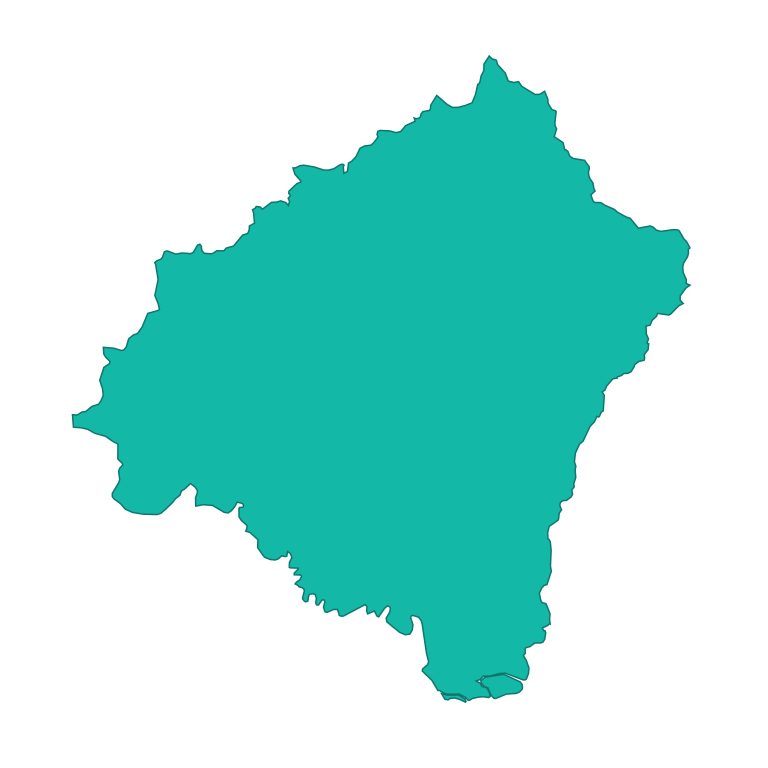 Tosagua, Manabi, Ecuador, rotated 177°
{"feature_id": "8360857B34654590669506", "entity_name": "Tosagua", "entity_type": "district", "adm_level": 2, "iso_a3": "ECU", "parent_name": "Ecuador", "parent_adm1": "Manabi", "projection": "albers", "projection_center": [-80.266, -0.776], "detail": "fine", "context": "isolated", "style": "filled", "palette": "teal", "viewbox_px": 768, "rotation_deg": 177, "n_neighbors": 0, "source": "geoboundaries", "source_scale": "gbopen_adm2", "svg_char_len": 6089}
<svg xmlns="http://www.w3.org/2000/svg" viewBox="0 0 768 768"><g transform="rotate(177 384 384)"><path d="M616.2,466.9L622.4,453.8L626.9,448.0L628.7,446.8L631.4,446.3L636.6,442.5L639.4,434.5L642.1,431.6L644.5,431.2L652.0,433.9L662.4,435.3L662.2,428.4L660.5,425.3L656.7,421.2L656.5,419.8L657.2,418.7L662.9,415.2L667.7,402.6L665.4,394.3L665.0,388.6L665.2,386.8L667.7,381.7L670.2,378.7L677.1,376.8L683.4,372.0L686.9,371.9L692.2,369.0L696.7,369.7L696.4,357.1L688.5,356.1L682.2,354.2L675.3,349.9L664.9,346.4L658.0,341.0L652.8,338.0L653.7,323.6L653.5,322.6L649.5,318.6L649.2,316.8L652.3,313.7L653.6,310.8L652.9,302.5L654.1,299.3L661.1,288.9L661.2,285.8L659.8,283.6L653.2,278.1L649.0,272.6L641.8,268.9L631.2,266.6L617.5,265.5L613.7,266.5L608.5,270.5L601.9,276.2L598.3,280.3L593.6,283.6L591.9,287.8L588.7,289.5L582.5,294.7L578.1,291.1L576.0,287.5L576.1,285.0L578.2,280.1L578.4,271.9L571.1,272.9L561.6,271.8L550.3,264.2L546.4,263.4L543.1,265.4L539.7,269.0L536.8,273.7L531.8,272.2L530.8,270.8L530.7,269.1L531.4,268.3L534.8,268.2L535.4,267.3L535.7,258.8L533.5,255.1L528.2,249.9L528.5,246.9L529.8,244.3L525.7,242.8L518.0,235.1L518.8,227.3L513.2,218.4L511.8,217.0L506.9,214.7L501.9,214.0L498.7,214.9L495.1,217.8L491.7,216.8L490.2,217.0L489.0,221.7L486.3,219.5L485.1,215.5L487.8,210.6L488.2,205.9L487.3,205.3L479.3,204.6L479.3,203.7L483.5,199.9L483.7,198.2L477.2,197.6L476.4,196.1L478.2,193.0L482.2,190.4L483.2,189.0L480.4,187.3L479.4,185.8L476.1,184.8L474.7,183.4L474.4,181.5L476.5,174.7L476.4,173.4L474.8,171.3L473.8,170.6L471.5,171.0L470.2,176.9L469.0,177.9L466.4,178.3L463.8,177.5L462.7,173.7L463.6,169.3L463.0,167.0L461.0,166.7L457.3,171.4L455.4,171.7L454.3,170.0L456.1,164.3L454.9,159.7L453.1,158.9L445.9,161.5L442.2,161.3L440.7,155.2L438.9,154.4L436.6,154.4L414.4,164.7L412.6,162.7L413.2,158.3L412.4,155.3L405.4,157.8L403.2,152.6L401.5,151.7L395.4,159.7L392.5,162.1L391.1,162.0L389.7,160.8L389.4,159.1L390.4,155.6L394.1,149.9L393.7,146.4L381.3,135.1L375.9,132.5L371.3,132.9L368.7,136.7L367.7,142.0L369.6,149.4L369.2,150.5L368.5,151.3L366.6,151.2L361.6,149.3L359.2,145.7L358.4,142.0L355.7,113.4L354.0,104.3L355.1,101.4L360.4,97.4L360.8,95.4L351.7,85.6L346.2,75.1L344.8,75.1L340.8,72.4L337.3,71.0L325.1,70.4L319.4,67.1L316.7,63.9L315.3,63.6L311.9,65.4L306.1,66.3L301.4,66.5L295.9,65.4L294.4,66.2L294.8,69.5L296.7,74.4L298.7,75.8L302.1,76.8L303.5,80.1L307.7,82.7L303.6,83.8L300.3,87.1L293.3,86.9L283.6,88.9L278.0,88.9L260.6,81.2L258.1,81.2L257.3,81.9L254.9,87.1L254.1,92.8L256.4,100.7L259.1,105.5L257.0,107.7L257.0,112.3L255.9,113.3L252.0,114.1L246.9,117.5L241.1,117.2L238.7,118.0L236.9,120.6L235.5,127.0L236.1,129.3L237.4,129.3L238.7,132.1L233.5,134.1L231.2,135.9L230.6,135.6L231.0,140.5L230.2,145.6L233.4,155.4L234.0,156.3L237.8,157.5L238.8,159.8L239.8,167.0L237.3,171.9L234.6,174.6L231.8,175.1L226.7,188.2L227.3,193.5L225.8,209.2L226.2,217.5L226.9,219.6L228.4,221.0L228.3,227.3L226.5,233.2L217.4,238.8L216.7,240.1L215.8,245.8L213.3,249.0L214.8,253.4L214.2,256.3L211.5,258.2L207.8,258.2L203.0,261.5L201.5,264.0L202.0,268.4L199.4,271.4L199.7,274.6L197.4,280.5L197.6,288.3L196.7,291.9L197.9,296.3L196.5,305.0L191.9,313.7L188.1,316.6L180.5,330.8L175.9,335.2L173.1,340.5L171.3,339.8L170.5,340.4L168.6,344.5L166.5,345.7L164.6,361.1L166.5,364.7L163.6,366.4L161.7,370.4L155.2,377.2L150.8,377.7L150.5,378.9L146.3,380.1L144.3,381.9L139.9,381.9L136.7,383.3L133.3,388.2L132.7,390.2L128.2,393.2L123.0,394.1L122.3,396.5L122.7,399.6L118.5,404.4L117.7,409.3L117.6,410.5L118.7,410.5L119.2,411.3L117.5,415.1L119.4,420.2L119.3,428.1L115.2,428.8L112.9,433.5L108.3,437.4L107.2,440.2L96.0,438.0L94.2,438.7L85.4,446.8L81.0,448.7L83.9,452.2L83.6,456.5L77.6,463.9L73.2,466.7L77.1,468.6L76.6,472.4L79.4,479.5L79.5,485.4L78.4,489.2L74.2,495.2L73.1,498.8L73.1,502.6L71.3,503.9L74.5,510.5L76.8,513.0L81.1,521.4L82.4,522.5L87.3,523.0L99.6,521.9L104.1,523.5L106.9,526.5L109.9,527.9L121.8,526.3L129.5,536.6L133.8,538.3L141.9,543.4L144.8,546.3L154.0,550.9L157.9,553.8L163.9,554.2L165.6,555.6L167.5,562.0L163.1,565.7L164.2,568.2L164.8,573.8L167.5,578.1L168.5,581.1L168.8,585.0L167.6,588.4L167.9,590.5L172.1,596.9L182.9,599.2L185.6,601.0L186.8,602.3L188.1,606.5L190.1,608.4L191.2,608.4L192.6,615.7L201.1,622.0L198.3,629.7L199.6,632.9L199.7,636.0L197.8,647.1L199.0,648.2L201.8,649.0L204.6,653.9L205.5,656.3L205.5,660.0L208.3,667.9L213.1,665.2L217.9,665.2L230.7,673.9L233.8,678.9L238.5,678.3L244.0,680.0L246.7,688.3L254.0,697.2L254.8,701.4L259.1,703.1L261.8,706.0L267.4,698.3L267.9,691.7L270.9,686.6L272.3,680.9L273.5,678.7L274.7,678.3L277.5,668.2L281.3,660.2L288.4,657.8L295.3,656.4L301.1,656.6L306.3,659.9L316.2,669.4L322.8,659.9L323.2,656.4L324.1,654.9L331.0,653.9L333.0,651.4L333.6,648.9L335.6,647.4L338.3,647.3L340.0,648.1L339.0,644.8L348.9,640.9L354.1,635.2L358.9,634.4L365.3,636.5L374.2,637.4L376.9,636.7L377.9,633.8L377.1,631.0L381.1,626.0L384.5,623.2L391.2,622.7L395.7,620.5L400.0,612.6L404.8,607.9L407.8,606.6L409.4,598.2L413.1,596.5L413.3,603.1L412.4,604.6L413.7,605.7L416.1,605.4L422.9,601.6L428.2,600.5L433.0,600.8L442.0,604.3L452.6,606.7L456.5,606.4L460.9,604.5L463.6,604.5L461.9,598.0L456.3,591.0L456.5,590.1L460.8,588.4L468.8,581.6L469.2,579.5L467.7,577.4L468.0,576.4L470.0,574.5L468.8,571.2L470.2,567.3L472.5,570.3L477.6,572.3L481.4,571.3L486.9,571.3L496.3,564.9L498.3,567.2L502.3,568.0L503.3,566.4L506.2,564.9L505.3,561.9L504.9,551.4L510.1,548.9L510.6,544.9L512.2,541.4L517.4,540.1L527.0,529.6L534.5,528.0L536.9,525.4L544.1,525.8L548.0,523.4L549.8,523.1L556.6,523.9L559.0,527.0L559.2,531.1L560.6,533.2L562.9,532.5L567.5,525.5L570.1,524.3L578.7,525.4L585.2,524.6L592.6,527.9L594.1,528.3L596.5,527.4L598.5,522.3L600.1,520.4L604.3,519.0L606.6,517.3L605.8,515.4L604.1,500.1L608.2,484.4L605.3,476.0L604.3,470.2L605.7,469.2L616.2,466.9ZM279.5,87.8L298.6,85.8L302.8,82.6L302.6,80.7L300.0,76.9L296.0,75.0L293.4,67.5L290.8,64.5L289.1,64.1L278.1,67.9L268.2,68.1L265.0,69.2L262.2,71.7L261.6,73.4L261.8,76.7L263.6,79.4L279.5,87.8ZM319.3,62.0L318.7,62.7L319.8,65.3L325.6,69.4L336.9,69.9L342.7,71.7L339.7,66.0L336.6,65.2L334.6,66.5L329.7,66.7L324.8,65.0L319.3,62.0Z" fill="#14b8a6" stroke="#0f766e" stroke-width="1.5"/></g></svg>